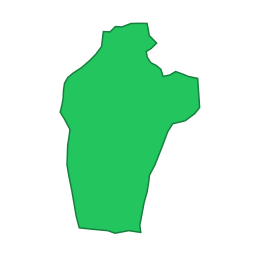 Itapissuma, Pernambuco, Brazil (orthographic projection), rotated 6°
{"feature_id": "56859067B55020362717287", "entity_name": "Itapissuma", "entity_type": "district", "adm_level": 2, "iso_a3": "BRA", "parent_name": "Brazil", "parent_adm1": "Pernambuco", "projection": "orthographic", "projection_center": [-34.907, -7.746], "detail": "fine", "context": "isolated", "style": "filled", "palette": "green", "viewbox_px": 256, "rotation_deg": 6, "n_neighbors": 0, "source": "geoboundaries", "source_scale": "gbopen_adm2", "svg_char_len": 836}
<svg xmlns="http://www.w3.org/2000/svg" viewBox="0 0 256 256"><g transform="rotate(6 128 128)"><path d="M93.4,34.7L93.2,49.8L88.3,58.0L83.0,64.7L76.0,72.3L67.4,79.4L62.8,84.2L60.2,90.2L59.9,97.2L60.4,105.3L59.9,111.8L58.9,119.3L63.7,125.5L70.4,135.5L70.3,142.3L69.8,151.8L71.2,171.0L74.2,181.9L78.7,196.2L85.7,221.1L90.0,232.4L104.2,232.4L118.7,232.2L126.1,234.0L139.5,230.0L151.6,230.5L149.9,223.8L151.8,200.5L153.7,189.4L154.3,178.1L154.3,172.6L158.6,161.9L163.6,144.0L167.9,127.5L172.0,119.1L184.1,114.8L192.9,106.7L197.1,100.2L192.1,71.4L182.4,70.4L176.8,68.7L169.4,66.9L164.1,70.9L157.5,73.0L154.6,66.3L149.9,63.1L143.8,60.6L139.6,55.5L138.2,50.0L142.8,46.4L147.6,40.6L139.5,33.9L137.6,27.1L136.0,22.0L126.6,22.9L120.0,23.8L111.2,28.2L104.9,28.4L100.1,34.3L93.4,34.7Z" fill="#22c55e" stroke="#15803d" stroke-width="1.5"/></g></svg>